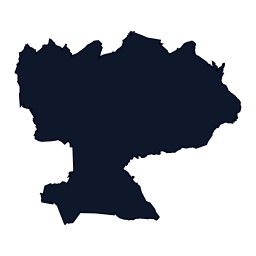 Perote, Veracruz, Mexico (orthographic projection)
{"feature_id": "50627088B6133554619555", "entity_name": "Perote", "entity_type": "district", "adm_level": 2, "iso_a3": "MEX", "parent_name": "Mexico", "parent_adm1": "Veracruz", "projection": "orthographic", "projection_center": [-97.275, 19.511], "detail": "fine", "context": "isolated", "style": "filled", "palette": "ink", "viewbox_px": 256, "rotation_deg": 0, "n_neighbors": 0, "source": "geoboundaries", "source_scale": "gbopen_adm2", "svg_char_len": 5649}
<svg xmlns="http://www.w3.org/2000/svg" viewBox="0 0 256 256"><path d="M117.7,216.0L120.0,217.6L124.3,219.0L127.5,219.1L128.8,219.7L130.7,219.3L131.2,218.9L131.5,219.2L133.4,219.5L134.8,218.5L136.8,217.9L138.0,218.3L138.6,217.7L146.6,218.3L147.5,218.6L148.9,218.1L154.0,218.3L155.2,219.3L156.3,219.8L157.0,219.4L159.0,217.1L155.3,212.1L154.6,209.5L149.8,203.1L146.0,201.8L141.2,192.7L139.6,186.6L137.3,184.6L137.1,183.6L134.3,182.9L133.9,181.5L132.9,180.9L132.4,180.2L132.2,179.5L132.7,178.9L132.7,178.1L133.8,177.3L133.8,176.8L132.7,176.6L131.9,177.2L130.6,177.7L130.6,177.0L130.1,176.4L130.1,176.0L129.6,175.4L129.0,175.1L128.8,174.2L127.5,172.5L125.9,171.3L122.6,169.4L122.5,169.1L124.2,166.4L124.2,165.2L124.7,164.8L126.3,165.1L127.3,164.1L127.3,163.0L128.9,161.8L129.3,161.1L129.3,159.4L129.8,158.6L130.8,158.7L131.1,159.0L132.1,158.8L132.8,157.6L132.8,156.6L132.4,155.7L132.6,155.2L132.8,155.1L132.9,154.6L134.1,156.1L135.3,156.5L137.0,157.8L137.9,158.1L137.9,155.5L138.5,154.9L140.7,156.0L141.6,157.2L142.9,157.4L144.1,156.7L144.3,157.0L145.6,156.2L146.1,155.8L146.0,155.6L146.2,155.3L147.6,154.3L148.5,154.4L150.2,153.9L150.7,153.4L154.0,154.3L156.7,153.6L157.5,153.6L158.1,154.2L159.2,154.1L159.5,153.6L159.9,153.7L160.1,153.4L159.6,152.1L159.6,151.3L161.5,150.5L163.3,150.7L165.9,151.7L166.5,152.3L167.9,152.4L168.3,152.2L170.4,152.3L172.9,151.9L174.4,152.1L175.0,151.9L177.3,150.1L179.4,149.1L180.1,149.0L181.3,147.5L182.1,147.0L186.4,147.8L190.1,146.9L191.2,147.1L192.5,146.6L195.1,147.4L195.9,148.0L206.4,144.3L207.6,141.3L211.8,135.2L211.9,133.4L214.0,129.8L216.4,127.4L218.3,127.1L219.5,124.6L220.5,123.9L223.4,122.8L224.9,121.9L226.2,121.9L228.8,122.7L230.3,122.4L232.5,123.0L232.5,122.4L233.0,121.7L233.7,121.8L233.7,120.8L234.1,121.0L234.2,120.5L234.3,120.6L234.7,119.7L235.3,119.2L235.1,120.5L235.9,120.4L236.0,119.8L235.6,118.9L236.7,118.5L237.3,118.0L237.3,117.3L236.6,115.9L236.8,113.0L239.5,111.5L240.1,109.8L240.6,107.1L239.8,104.5L240.1,102.8L240.0,102.1L238.8,100.3L237.3,99.1L234.6,95.9L233.6,95.5L232.5,94.4L230.2,92.9L229.1,91.5L228.1,91.1L227.7,90.5L227.4,89.0L225.6,85.7L224.6,85.1L223.1,84.7L221.8,83.2L221.1,81.9L220.8,80.5L221.3,77.5L221.9,75.4L222.4,75.1L223.1,73.3L221.5,73.3L221.3,72.6L222.6,70.8L222.7,68.4L224.1,65.7L224.3,63.6L223.2,63.6L222.6,64.8L222.6,65.8L222.3,66.2L221.4,66.8L220.7,67.6L219.6,67.9L218.2,69.1L217.9,70.0L216.3,70.8L216.0,70.5L216.9,68.8L217.0,67.0L216.5,66.2L214.9,65.8L214.7,63.4L213.3,62.2L212.6,61.8L213.2,65.8L212.6,67.7L212.2,68.0L211.4,66.6L209.6,64.6L209.0,64.5L208.2,65.5L208.0,64.4L206.7,62.6L206.0,62.0L198.3,56.5L196.6,55.9L193.6,53.0L194.8,53.1L194.2,50.8L194.4,50.9L194.1,48.8L194.2,48.3L194.6,48.5L194.7,47.7L194.4,46.9L195.4,44.4L194.9,43.5L192.6,41.5L191.9,41.6L191.7,41.4L189.4,42.2L187.3,42.6L185.0,43.6L184.0,44.4L181.4,47.7L180.7,48.4L178.8,49.3L177.8,48.6L177.4,49.1L177.8,49.4L177.3,50.2L169.7,54.3L167.0,51.9L167.1,50.9L160.2,44.8L162.0,44.0L159.5,43.3L160.2,40.4L147.1,38.2L142.1,36.0L134.1,33.0L134.0,31.9L132.4,32.4L131.3,31.9L131.5,33.0L130.6,32.6L130.8,33.9L130.1,33.5L130.4,34.8L129.2,34.3L129.4,34.9L127.9,35.6L128.1,36.4L127.0,37.5L124.9,39.5L123.2,40.5L123.5,43.5L122.8,44.1L123.3,45.1L119.2,49.0L119.0,48.8L117.0,50.5L117.5,50.9L115.5,52.6L114.9,52.2L114.0,53.2L113.0,52.2L112.2,53.1L110.8,53.6L105.3,54.7L102.6,55.6L99.1,57.6L100.3,52.2L102.0,47.6L100.0,45.4L101.0,44.6L101.4,43.8L98.3,40.8L97.4,41.3L96.8,41.0L93.5,41.6L93.0,42.5L92.5,42.8L92.9,42.8L92.7,43.3L91.7,43.1L90.1,44.2L87.5,45.4L85.7,47.6L77.1,54.0L74.7,54.8L73.1,55.7L71.1,56.8L70.9,56.8L71.7,55.1L71.2,53.7L69.8,52.6L69.2,51.7L69.5,50.6L68.7,49.4L67.8,49.1L67.4,48.2L66.6,47.9L66.5,48.1L65.9,46.6L65.8,45.5L66.4,45.5L65.9,45.3L66.2,44.6L65.9,44.5L64.1,47.9L63.8,47.6L62.9,48.6L62.3,48.8L62.2,50.1L61.4,49.4L61.4,48.5L60.5,47.5L58.6,46.6L56.9,46.3L54.9,44.8L54.0,42.8L52.7,42.0L51.5,40.2L49.9,39.3L49.6,40.3L49.2,42.8L48.5,44.5L47.1,45.5L44.8,45.1L43.4,45.6L42.9,46.1L43.2,47.3L42.3,48.2L42.3,48.6L41.8,48.7L41.9,49.4L41.0,49.4L40.4,50.1L38.4,51.5L36.5,53.5L35.7,52.0L35.1,51.5L35.0,50.0L34.5,50.2L34.1,50.0L32.9,48.8L31.5,48.0L29.6,47.8L29.7,47.4L27.4,44.5L26.9,45.3L26.0,45.0L25.8,46.0L24.8,47.4L24.6,48.7L24.2,49.7L23.1,50.8L22.4,51.9L20.5,52.8L20.2,53.2L19.6,53.1L20.1,56.6L19.1,59.0L19.5,60.4L19.6,63.2L18.6,63.2L18.9,63.8L18.7,64.3L18.3,64.5L17.4,64.2L17.1,64.7L17.7,66.5L17.0,67.7L16.2,70.4L15.5,71.4L15.4,72.4L15.5,72.7L16.0,73.1L17.1,72.9L17.3,73.7L17.7,73.8L18.0,74.3L18.3,76.3L18.1,78.4L18.4,81.0L17.8,81.4L20.3,86.4L20.3,92.3L19.8,93.5L19.7,95.1L20.5,106.0L21.6,104.6L22.9,104.7L23.3,104.3L24.0,105.2L22.9,106.3L24.4,107.3L31.9,109.1L32.0,109.3L30.2,110.1L34.7,117.5L33.6,118.5L34.4,119.1L33.3,120.1L34.8,123.4L36.9,124.7L36.6,125.0L36.8,126.0L36.2,126.8L37.0,127.2L37.7,130.8L37.3,131.3L36.4,130.8L35.5,132.2L35.6,133.5L34.4,135.1L35.5,135.8L35.3,138.6L38.9,140.4L41.7,141.1L51.8,140.5L55.4,140.0L58.0,139.3L61.8,141.2L64.7,143.9L68.1,140.8L70.3,143.3L70.5,146.6L73.1,146.7L74.0,170.6L72.4,173.0L71.8,172.1L69.7,172.5L69.3,173.3L69.4,173.8L70.3,174.3L69.7,175.6L69.3,175.5L68.8,176.3L69.8,175.8L70.2,176.0L69.8,176.8L70.5,177.1L68.9,180.4L68.7,181.4L67.5,182.5L67.0,183.9L64.5,182.4L62.6,182.0L60.2,184.1L59.3,184.3L58.5,184.0L57.3,184.7L54.7,184.0L51.7,185.3L50.7,183.9L45.1,186.3L43.4,194.2L40.1,193.4L41.0,194.0L41.6,195.6L41.6,196.7L42.2,198.6L41.6,199.9L41.7,200.6L42.3,200.7L42.2,201.8L52.4,203.6L51.9,202.4L55.7,203.1L56.2,204.5L57.3,204.8L64.8,224.0L65.3,224.1L66.2,222.8L67.2,222.4L68.9,223.0L70.5,222.5L72.1,222.5L72.8,222.3L80.1,212.3L95.8,212.7L114.1,214.6L114.8,213.3L115.6,212.9L115.8,213.9L117.7,216.0Z" fill="#0f172a" stroke="#020617" stroke-width="1.5"/></svg>